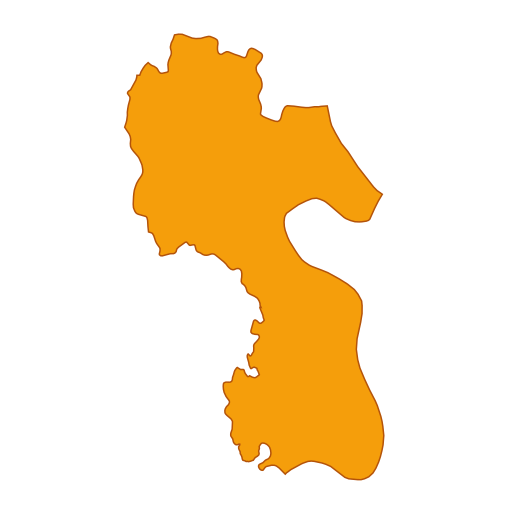 Nha Be, Hồ Chí Minh city, Vietnam, rotated 4°
{"feature_id": "81297802B80984092880643", "entity_name": "Nha Be", "entity_type": "district", "adm_level": 2, "iso_a3": "VNM", "parent_name": "Vietnam", "parent_adm1": "Hồ Chí Minh city", "projection": "robinson", "projection_center": [106.723, 10.651], "detail": "fine", "context": "isolated", "style": "filled", "palette": "amber", "viewbox_px": 512, "rotation_deg": 4, "n_neighbors": 0, "source": "geoboundaries", "source_scale": "gbopen_adm2", "svg_char_len": 6081}
<svg xmlns="http://www.w3.org/2000/svg" viewBox="0 0 512 512"><g transform="rotate(4 256 256)"><path d="M147.1,239.5L150.1,240.2L151.2,240.8L152.6,242.9L154.9,248.5L156.1,250.5L159.3,254.4L159.8,255.5L159.9,257.7L159.4,260.7L159.6,261.5L160.9,262.4L162.5,262.4L170.3,259.7L173.5,259.4L174.8,258.8L176.0,257.3L176.4,255.0L176.9,254.0L178.3,252.4L184.4,247.3L185.3,247.0L185.9,247.0L188.7,249.8L189.5,250.0L192.4,249.2L193.8,249.2L194.4,249.9L195.8,254.1L196.4,255.0L197.3,255.8L198.3,256.2L200.1,256.7L202.8,258.2L204.6,258.7L206.5,258.7L208.1,258.4L211.3,257.1L212.7,256.9L214.1,257.1L215.5,257.8L224.1,263.9L226.7,266.1L228.5,268.2L229.9,269.5L231.7,270.8L233.4,271.3L234.9,271.2L237.3,270.0L239.0,269.7L240.2,269.9L241.3,270.5L242.5,272.1L243.1,274.7L243.2,278.2L243.0,280.2L243.1,282.7L244.1,284.5L245.4,285.2L246.9,286.5L248.1,288.2L249.6,292.1L250.6,293.2L252.5,294.4L257.4,296.3L259.9,297.7L260.9,298.7L262.3,300.7L263.3,303.0L263.5,304.8L264.5,306.8L263.9,306.6L263.4,306.8L263.6,307.7L266.9,314.4L267.6,317.1L268.7,319.5L267.9,320.7L266.1,322.4L265.4,322.8L264.1,322.8L261.3,320.5L259.9,319.9L259.4,319.9L258.6,320.4L258.1,321.2L256.2,330.5L256.2,331.7L256.3,332.4L257.3,333.4L257.9,333.7L260.4,334.2L263.0,334.2L264.0,334.5L264.9,335.9L265.0,337.1L264.4,338.7L262.4,341.4L260.7,343.4L260.1,344.6L259.9,345.9L260.2,347.8L260.3,351.2L260.2,351.8L259.0,353.6L258.5,355.0L257.7,356.0L257.3,356.1L257.0,356.1L255.1,354.3L254.8,354.4L254.4,355.2L254.2,356.2L254.4,357.7L256.2,362.8L256.8,365.3L258.3,368.2L258.6,368.6L259.0,368.7L261.0,367.3L262.0,367.0L264.6,367.9L264.8,368.2L265.1,369.5L266.0,370.7L267.6,374.2L264.9,376.7L263.7,377.4L262.7,377.5L260.7,377.1L258.0,375.9L257.2,376.7L256.3,376.9L255.6,376.4L253.6,374.1L252.8,372.7L252.1,370.8L251.6,370.2L251.0,370.1L248.5,370.3L245.1,368.5L244.4,369.1L242.9,371.6L242.5,372.8L241.8,376.2L241.1,378.7L241.0,381.1L240.7,382.2L240.1,383.0L238.9,383.7L234.9,383.9L234.0,384.2L232.8,384.9L232.4,385.9L232.4,388.3L232.8,391.2L233.8,394.4L236.0,398.3L239.5,402.4L239.7,403.6L239.6,404.7L238.7,406.5L237.1,408.3L236.0,410.6L235.7,412.3L236.0,414.6L236.7,415.7L238.1,417.0L242.4,420.2L243.6,421.8L244.1,422.9L244.3,430.5L243.3,434.2L243.2,435.3L243.3,436.7L243.7,437.7L245.5,440.0L246.3,442.7L246.8,443.8L248.1,445.1L248.9,445.6L249.8,445.7L250.8,445.5L252.1,444.8L252.9,444.8L253.0,445.6L252.0,447.4L252.1,449.0L252.4,449.9L253.8,452.3L254.1,454.3L255.3,456.1L256.0,457.6L256.5,459.6L257.2,460.7L259.2,461.1L260.5,461.7L261.8,461.5L262.9,461.7L264.9,461.1L267.0,460.1L267.5,460.0L269.2,457.2L271.4,455.6L272.7,454.2L272.9,452.9L272.3,450.7L272.3,449.9L272.8,448.0L272.5,445.7L273.4,444.0L274.3,442.7L275.2,442.2L276.2,442.1L277.8,442.3L279.6,443.0L280.6,443.6L282.1,444.9L282.9,445.9L284.0,448.4L284.6,451.4L284.6,452.7L284.3,454.6L283.2,456.6L282.5,457.4L279.7,459.0L277.3,461.7L274.6,463.2L273.9,463.7L273.3,464.5L273.2,465.3L273.3,466.2L273.8,467.2L274.6,468.3L275.8,469.1L276.5,469.3L277.7,469.3L278.2,468.9L279.8,466.3L280.9,465.3L286.2,463.6L289.0,463.5L290.9,464.0L293.8,465.8L300.4,471.6L301.6,470.1L302.9,469.1L305.6,466.7L315.8,460.2L317.3,459.4L322.1,457.3L325.5,456.7L328.5,456.8L336.3,457.9L340.2,458.9L345.2,460.7L360.1,470.6L364.1,471.8L373.0,472.0L376.4,471.8L379.9,470.6L383.9,468.4L387.8,464.3L390.4,459.3L392.7,452.9L394.1,447.4L395.2,441.3L395.9,435.6L396.0,426.2L394.4,417.1L393.2,412.0L391.7,407.2L387.4,396.7L385.0,392.1L378.7,381.8L372.9,371.3L367.5,360.6L364.7,352.4L362.6,342.2L362.6,331.5L365.0,314.9L365.8,306.1L365.3,298.1L364.5,293.5L360.4,287.0L356.4,282.6L349.3,277.7L340.5,273.0L328.8,267.6L322.4,265.5L312.4,262.5L309.7,261.4L304.7,258.5L301.9,256.4L298.3,252.4L295.1,248.3L288.4,239.0L286.2,235.0L283.3,228.4L282.2,224.5L281.6,220.1L281.8,215.5L282.2,214.0L283.4,211.3L289.5,206.1L294.7,201.9L302.1,197.6L307.8,194.9L312.4,194.1L315.9,194.9L319.8,196.2L321.6,197.1L325.2,199.5L341.2,211.4L343.1,212.4L347.8,214.0L352.3,214.9L356.5,214.8L359.1,214.5L363.7,213.5L365.7,212.6L366.9,211.4L371.0,200.2L374.1,192.8L377.7,185.6L372.2,182.3L368.4,178.9L351.3,159.9L340.5,145.6L333.3,137.8L326.5,127.6L322.4,120.8L320.9,116.8L316.6,101.3L310.4,102.2L307.9,102.8L304.1,103.0L298.2,104.3L295.2,104.5L291.0,104.4L283.4,103.9L276.8,103.9L275.6,104.5L274.5,105.5L273.7,107.0L272.7,109.4L271.8,113.1L271.4,116.0L270.7,118.2L269.6,119.5L268.2,120.3L265.7,120.2L261.7,119.2L256.4,117.5L253.0,116.2L251.0,114.8L250.6,114.2L250.6,113.2L251.0,108.5L250.8,106.7L250.0,104.1L247.7,99.5L247.3,97.9L247.1,96.5L247.2,95.1L249.9,88.2L250.1,86.7L250.0,83.9L249.6,82.2L248.5,78.8L244.0,72.5L243.4,70.7L243.0,68.2L243.5,65.8L247.4,60.2L248.0,58.5L248.4,56.9L248.4,55.7L248.0,54.5L247.0,53.4L240.9,50.1L238.6,49.3L236.8,49.1L235.6,49.7L234.4,51.0L233.7,52.7L232.5,57.3L231.7,58.6L230.3,59.0L228.1,58.5L225.6,57.6L220.4,56.3L214.7,54.4L213.5,54.2L212.2,54.3L210.1,55.5L208.0,57.0L206.9,57.3L206.0,57.2L204.5,56.3L203.5,54.4L203.1,52.2L203.0,49.6L203.2,46.8L202.9,45.0L202.5,43.8L201.9,43.0L200.4,42.1L198.7,41.4L194.8,40.2L193.1,40.3L189.7,41.3L185.9,42.7L180.9,43.3L177.2,43.1L167.0,40.0L163.4,40.1L159.3,41.1L158.1,45.7L156.6,49.5L156.0,53.3L156.2,54.8L157.2,57.7L157.4,59.9L157.2,61.4L155.4,66.7L154.9,69.2L154.8,71.2L155.6,76.9L155.5,78.2L154.3,78.9L149.6,80.3L148.1,80.3L147.1,79.7L146.2,78.8L144.5,76.2L143.7,75.4L141.3,74.0L139.0,73.3L137.3,72.4L134.9,70.6L132.2,73.5L130.5,76.2L128.5,80.2L127.4,83.8L124.6,84.0L124.6,85.6L124.0,88.8L119.3,99.0L117.8,100.1L117.1,100.8L116.6,101.6L116.5,102.3L116.5,102.8L116.7,103.1L118.9,105.8L119.2,106.5L119.3,107.4L119.3,108.7L118.2,114.3L117.8,117.9L117.6,121.5L117.9,124.8L117.6,129.6L117.2,131.9L116.0,136.7L120.9,143.0L122.2,145.6L122.9,148.5L122.8,152.5L123.2,155.3L123.6,156.2L124.3,157.5L126.5,160.1L131.3,164.9L132.5,166.5L135.0,171.2L136.0,173.4L137.1,178.0L137.2,180.2L136.8,182.4L135.7,184.7L133.6,188.2L131.9,191.8L130.9,195.2L130.1,198.6L129.8,201.8L129.7,205.2L129.9,212.8L130.4,216.4L132.0,219.7L133.1,221.2L134.4,222.1L135.8,222.6L143.2,224.2L143.9,224.6L144.6,225.5L145.4,228.0L146.2,234.3L147.1,239.5Z" fill="#f59e0b" stroke="#b45309" stroke-width="1.5"/></g></svg>